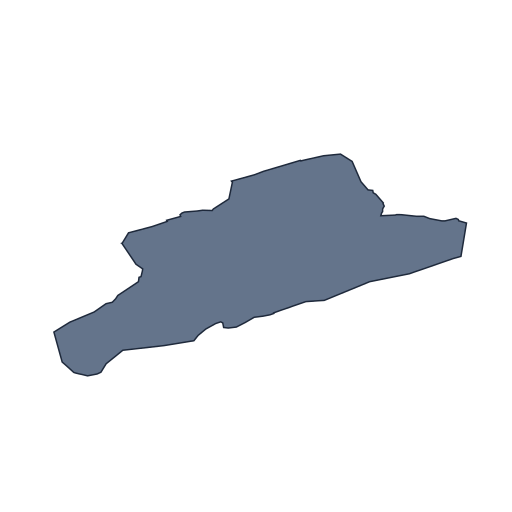 Hufash, Al Mahwit, Yemen, rotated 259°
{"feature_id": "15242507B53182107073973", "entity_name": "Hufash", "entity_type": "district", "adm_level": 2, "iso_a3": "YEM", "parent_name": "Yemen", "parent_adm1": "Al Mahwit", "projection": "equal_earth", "projection_center": [43.421, 15.375], "detail": "fine", "context": "isolated", "style": "filled", "palette": "slate", "viewbox_px": 512, "rotation_deg": 259, "n_neighbors": 0, "source": "geoboundaries", "source_scale": "gbopen_adm2", "svg_char_len": 1700}
<svg xmlns="http://www.w3.org/2000/svg" viewBox="0 0 512 512"><g transform="rotate(259 256 256)"><path d="M248.2,468.9L248.3,468.7L251.9,461.7L253.2,461.6L254.8,459.5L254.4,448.2L255.0,445.1L259.6,433.6L263.0,428.3L264.3,421.3L268.9,406.3L269.8,401.9L269.6,400.5L271.7,386.2L274.5,387.7L275.3,388.7L278.1,389.3L280.5,391.4L283.1,390.7L283.8,391.1L287.1,389.2L293.7,385.4L295.7,383.1L298.1,383.1L299.5,378.6L308.9,373.2L330.5,368.4L339.9,358.4L340.4,353.2L341.5,341.5L341.0,323.5L340.8,318.6L340.7,318.2L341.4,317.8L337.7,279.6L336.0,269.7L334.2,246.2L332.9,246.9L317.2,240.3L310.3,223.1L309.2,221.9L309.0,221.7L311.1,212.4L311.4,206.6L312.1,200.6L312.8,194.2L312.3,191.5L311.0,189.3L309.2,189.6L308.1,175.1L306.9,175.5L304.7,159.6L303.1,135.3L294.2,127.2L294.1,126.7L294.0,126.8L273.5,135.5L270.8,136.6L265.0,142.3L262.9,141.6L257.7,139.2L257.4,137.1L253.2,135.7L243.8,113.2L243.6,112.8L240.8,110.1L238.0,106.1L237.8,99.7L231.9,86.4L226.6,60.7L219.9,43.1L199.3,44.7L189.0,45.5L188.9,45.5L186.1,47.7L179.6,52.6L176.5,54.9L176.2,55.4L175.4,56.9L174.5,58.9L174.1,59.7L173.0,62.4L170.5,67.8L170.5,77.6L171.5,81.6L178.8,88.3L188.9,107.3L185.6,148.6L185.2,161.7L184.8,175.1L184.8,175.9L184.7,177.2L184.7,178.9L189.1,184.0L193.9,192.8L197.4,203.5L198.1,208.8L196.7,210.6L192.0,210.6L190.6,215.0L190.0,223.1L192.8,232.8L196.2,242.5L195.6,251.4L195.6,258.5L196.2,262.5L196.8,262.4L198.1,270.8L199.3,279.7L199.5,280.7L199.7,281.9L201.7,296.1L201.7,296.4L200.7,304.2L200.7,304.5L200.3,307.8L199.4,314.5L209.1,362.7L209.1,364.9L209.2,380.0L209.2,380.8L209.3,403.2L209.8,406.5L210.1,408.4L211.0,415.0L215.9,449.2L216.5,457.1L224.5,460.1L248.2,468.9Z" fill="#64748b" stroke="#1e293b" stroke-width="1.5"/></g></svg>